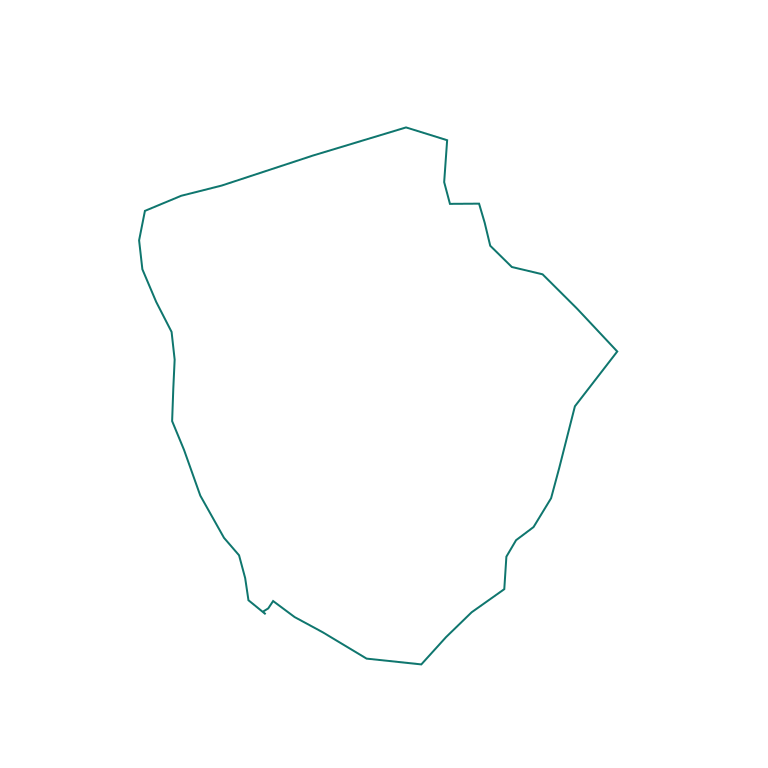 the border of Sánchez Ramírez, rotated 242°
{"feature_id": "DOM-1395", "entity_name": "Sánchez Ramírez", "entity_type": "Province", "adm_level": 1, "iso_a3": "DOM", "parent_name": "Dominican Republic", "parent_adm1": "", "projection": "equal_earth", "projection_center": [-70.165, 19.005], "detail": "fine", "context": "isolated", "style": "outline", "palette": "teal", "viewbox_px": 768, "rotation_deg": 242, "n_neighbors": 0, "source": "natural_earth", "source_scale": "10m", "svg_char_len": 730}
<svg xmlns="http://www.w3.org/2000/svg" viewBox="0 0 768 768"><g transform="rotate(242 384 384)"><path d="M303.2,605.2L274.7,542.1L227.6,499.3L204.7,477.9L187.5,448.9L184.1,427.3L174.1,411.0L146.4,393.9L141.3,354.2L131.4,320.0L118.9,285.3L149.7,239.7L193.3,213.5L220.1,195.7L244.4,184.2L242.3,180.3L240.2,176.4L239.8,170.1L236.3,171.4L256.7,162.8L277.8,170.3L300.8,175.6L323.3,170.5L371.7,169.4L419.7,176.5L450.7,179.5L479.2,196.0L503.8,210.6L529.7,220.9L563.4,221.4L598.7,224.5L625.8,235.2L649.1,254.2L645.4,293.3L635.4,333.9L619.1,428.4L600.2,523.9L569.6,554.2L534.0,531.9L512.1,526.8L498.6,552.6L479.1,548.6L456.2,542.7L427.3,551.8L406.4,575.5L360.0,589.8L303.2,605.2Z" fill="none" stroke="#0f766e" stroke-width="2"/></g></svg>